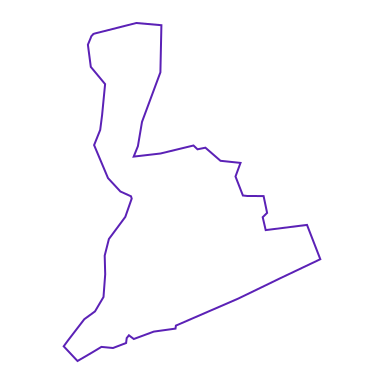 outline of Northumberland, Pennsylvania, United States of America
{"feature_id": "52423323B19927434270146", "entity_name": "Northumberland", "entity_type": "district", "adm_level": 2, "iso_a3": "USA", "parent_name": "United States of America", "parent_adm1": "Pennsylvania", "projection": "equal_earth", "projection_center": [-76.752, 40.89], "detail": "fine", "context": "isolated", "style": "outline", "palette": "violet", "viewbox_px": 384, "rotation_deg": 0, "n_neighbors": 0, "source": "geoboundaries", "source_scale": "gbopen_adm2", "svg_char_len": 831}
<svg xmlns="http://www.w3.org/2000/svg" viewBox="0 0 384 384"><path d="M161.4,25.2L136.3,23.0L94.8,33.5L93.3,34.0L92.8,34.7L91.5,36.0L91.0,37.0L90.8,37.7L87.9,44.7L90.8,66.9L105.1,84.1L102.1,115.0L100.2,129.9L94.1,145.1L108.0,178.1L120.4,191.5L131.0,196.3L131.7,198.6L125.3,216.9L108.9,239.0L104.7,255.6L105.2,274.3L103.5,297.0L95.0,311.4L84.3,319.2L68.1,340.3L63.7,346.3L77.5,361.0L92.1,352.5L101.4,346.9L113.0,348.0L126.1,343.0L126.7,338.1L128.9,335.3L133.8,339.0L153.8,331.6L175.5,328.6L175.9,325.6L238.2,298.6L280.1,278.3L320.3,259.2L307.0,224.9L265.7,230.1L262.7,217.2L267.1,212.9L263.6,196.1L253.6,196.0L247.4,196.0L242.9,195.5L235.5,176.5L240.5,162.9L220.5,160.8L205.4,147.7L197.5,149.3L193.5,145.5L160.5,153.5L133.7,156.6L137.9,146.2L142.0,121.9L160.4,72.3L161.4,25.2Z" fill="none" stroke="#5b21b6" stroke-width="2"/></svg>